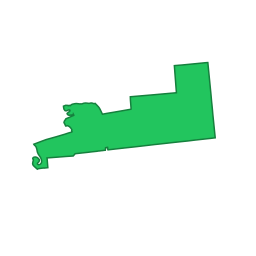 outline of Munteni-Buzau, Ialomita, Romania, rotated 62°
{"feature_id": "2599482B31913750834640", "entity_name": "Munteni-Buzau", "entity_type": "district", "adm_level": 2, "iso_a3": "ROU", "parent_name": "Romania", "parent_adm1": "Ialomita", "projection": "orthographic", "projection_center": [26.968, 44.659], "detail": "fine", "context": "isolated", "style": "filled", "palette": "green", "viewbox_px": 256, "rotation_deg": 62, "n_neighbors": 0, "source": "geoboundaries", "source_scale": "gbopen_adm2", "svg_char_len": 3977}
<svg xmlns="http://www.w3.org/2000/svg" viewBox="0 0 256 256"><g transform="rotate(62 128 128)"><path d="M175.8,60.3L177.6,55.6L155.3,46.5L151.8,45.0L146.0,42.6L145.4,42.4L145.2,42.3L145.0,42.2L144.9,42.2L144.7,42.1L137.6,39.1L107.7,26.8L107.4,27.4L106.7,29.0L103.7,36.3L97.7,50.8L95.1,56.8L94.7,57.8L119.6,68.7L110.6,90.0L101.5,111.3L104.8,112.9L112.4,116.2L112.7,116.4L112.8,116.6L110.3,124.3L107.8,131.9L105.2,139.7L103.8,144.1L98.9,143.9L98.1,143.9L97.3,143.9L96.4,144.0L95.8,144.1L95.2,144.2L94.2,144.5L93.0,144.8L90.8,145.5L90.8,145.9L90.5,146.6L89.7,147.5L89.2,147.9L88.6,148.8L88.4,149.4L88.2,150.2L87.9,151.0L86.6,152.8L86.0,153.8L85.4,155.3L85.2,156.2L85.2,156.8L85.0,157.4L84.8,158.0L84.4,158.6L84.0,159.5L83.5,160.1L83.1,160.7L82.9,161.0L82.6,161.4L82.3,161.8L82.1,162.2L81.8,162.9L81.5,163.7L81.4,164.1L81.3,164.4L81.2,164.9L81.0,165.3L80.9,166.2L80.8,166.5L80.8,166.9L80.9,167.2L80.9,167.6L81.0,168.0L81.2,168.5L80.6,169.1L80.4,169.3L80.5,169.4L80.5,169.6L80.4,170.1L80.2,170.3L80.1,170.5L79.8,170.7L79.5,170.9L79.4,171.1L79.2,171.5L78.9,172.0L78.8,172.3L78.7,172.4L78.7,172.5L78.6,172.8L78.6,173.0L78.6,173.4L78.6,173.5L78.4,174.7L79.0,175.0L79.6,175.2L79.9,175.3L80.2,175.4L80.7,175.5L81.1,175.7L81.7,175.6L82.2,175.6L82.6,175.5L83.0,175.5L83.7,174.8L83.8,174.6L83.9,174.3L84.0,173.8L84.1,173.1L84.1,172.6L84.1,172.2L84.4,171.4L84.8,171.0L85.2,171.0L85.7,171.3L85.8,171.7L85.9,172.0L86.2,173.2L86.5,174.9L87.4,175.1L88.1,174.9L88.8,174.4L89.4,173.5L89.8,172.2L90.2,171.2L90.6,170.2L90.1,169.8L90.6,169.8L91.2,169.8L91.4,169.9L90.9,176.3L90.7,178.5L91.3,179.5L91.9,180.6L92.0,180.9L92.3,181.2L92.5,181.4L92.6,181.5L92.8,181.7L92.9,181.8L93.1,181.9L93.2,182.0L93.3,182.0L93.7,182.0L93.9,182.0L94.3,182.0L94.6,182.0L94.8,182.0L95.0,181.9L95.4,182.0L95.5,182.0L95.8,182.0L96.0,182.0L96.3,182.1L96.8,182.1L97.1,182.0L97.5,180.4L98.4,179.6L99.8,178.9L100.9,178.6L102.1,178.4L103.1,178.4L103.1,178.5L103.3,178.6L103.5,178.7L103.8,179.0L104.0,179.1L104.3,179.1L104.5,179.1L104.9,179.1L105.0,179.2L105.1,179.3L105.1,179.7L105.1,180.0L104.9,180.9L104.7,181.8L104.4,183.2L104.2,184.5L104.1,184.9L104.1,185.0L103.9,186.3L102.1,195.2L99.8,205.7L99.0,211.6L98.1,218.8L98.6,218.8L99.4,218.6L100.2,218.3L100.9,218.1L102.0,218.1L103.1,218.3L103.6,218.4L104.1,218.5L106.6,219.3L107.6,219.4L109.2,219.5L111.0,219.3L112.5,219.1L113.4,219.1L114.7,219.2L115.6,219.4L116.5,219.7L117.1,220.0L117.8,220.5L118.1,220.9L118.4,221.4L118.8,222.4L118.8,222.9L118.7,223.4L118.5,223.9L118.3,224.3L118.0,224.5L117.8,224.7L117.4,224.8L117.1,224.8L116.9,224.7L116.6,224.5L116.4,224.1L116.3,223.7L116.0,222.6L115.6,222.0L115.2,221.6L114.7,221.3L114.2,221.2L113.7,221.3L113.2,221.4L112.8,221.5L112.2,221.7L111.6,222.0L111.1,222.3L110.6,222.8L110.1,223.4L109.9,223.9L109.7,224.6L109.6,225.1L109.6,225.5L109.8,225.9L109.9,226.1L110.2,226.3L110.5,226.6L111.0,226.5L111.3,226.4L111.7,226.5L112.0,226.6L112.3,227.0L112.6,227.3L113.2,227.8L114.1,228.5L114.6,228.9L115.2,229.1L115.9,229.2L116.5,229.2L117.0,229.1L117.5,228.9L118.3,228.7L119.5,228.2L120.2,228.0L121.8,227.4L121.8,227.2L121.8,226.8L121.8,226.6L121.9,226.2L122.0,225.8L122.1,225.5L122.3,225.0L122.7,223.8L122.8,223.6L122.9,223.2L123.1,222.9L123.3,222.3L123.4,222.0L123.7,221.3L123.7,221.2L123.8,221.0L123.9,220.9L124.0,220.9L124.2,220.5L124.5,219.7L125.4,217.4L121.0,215.5L116.4,213.5L118.5,208.8L121.9,201.0L124.2,195.7L127.0,189.5L125.9,186.7L128.4,180.4L130.5,175.2L131.9,171.5L134.0,166.3L134.3,165.3L134.4,165.0L134.6,164.6L134.7,164.3L134.9,163.9L135.1,163.3L135.3,162.8L135.4,162.5L135.5,162.2L135.7,161.8L135.8,161.5L135.9,161.2L136.1,160.8L136.2,160.5L136.5,159.6L136.6,159.4L136.8,158.9L137.0,158.5L136.4,158.0L135.9,157.7L135.3,157.4L134.9,157.1L135.3,156.3L135.1,156.2L135.5,155.1L137.8,156.0L137.9,155.9L140.6,149.0L143.4,141.9L147.7,131.2L152.6,118.7L155.0,112.5L157.5,106.3L160.0,100.0L162.5,93.7L165.0,87.5L167.6,81.1L170.0,74.8L172.6,68.3L175.1,62.0L175.8,60.3Z" fill="#22c55e" stroke="#15803d" stroke-width="1.5"/></g></svg>